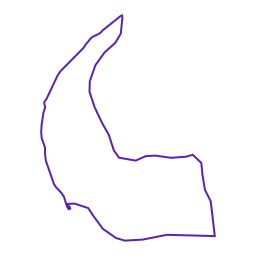 Benghazi, orthographic projection
{"feature_id": "LBY-2984", "entity_name": "Benghazi", "entity_type": "Municipality", "adm_level": 1, "iso_a3": "LBY", "parent_name": "Libya", "parent_adm1": "", "projection": "orthographic", "projection_center": [20.37, 31.785], "detail": "fine", "context": "isolated", "style": "outline", "palette": "violet", "viewbox_px": 256, "rotation_deg": 0, "n_neighbors": 0, "source": "natural_earth", "source_scale": "10m", "svg_char_len": 895}
<svg xmlns="http://www.w3.org/2000/svg" viewBox="0 0 256 256"><path d="M68.7,209.2L67.0,206.5L64.0,196.9L61.4,192.9L56.0,187.2L54.0,184.2L45.8,160.6L45.1,154.5L45.0,148.2L44.5,145.8L42.4,140.3L41.6,137.6L41.2,131.6L41.6,125.0L43.4,112.9L45.1,107.5L44.9,106.0L44.4,104.5L44.2,102.9L44.7,101.5L46.3,99.3L57.5,75.7L60.4,71.3L83.7,47.7L85.6,44.6L91.5,37.5L94.0,36.1L98.9,33.9L101.1,32.1L102.7,30.3L120.5,16.1L122.1,15.4L122.4,17.5L120.8,33.6L115.3,42.8L104.4,52.6L95.4,65.2L89.8,81.1L89.5,91.8L94.6,107.2L102.3,123.4L108.8,134.8L113.8,150.3L119.0,157.7L135.7,160.6L145.8,156.1L155.2,155.6L171.3,157.8L186.0,156.7L192.8,154.8L201.3,162.9L202.5,175.0L204.9,189.7L210.7,201.2L214.8,236.1L167.0,234.8L142.7,239.6L124.8,240.6L116.0,238.0L102.9,228.9L93.7,216.4L88.2,208.1L74.6,203.6L67.6,203.9L68.0,205.2L69.5,206.7L69.8,207.3L70.2,208.6L68.7,209.2Z" fill="none" stroke="#5b21b6" stroke-width="2"/></svg>